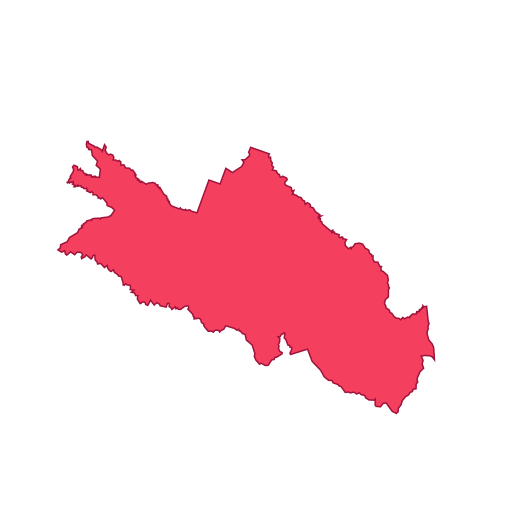 outline of San Miguel de Los Bancos, Pichincha, Ecuador, rotated 20°
{"feature_id": "8360857B83571898768339", "entity_name": "San Miguel de Los Bancos", "entity_type": "district", "adm_level": 2, "iso_a3": "ECU", "parent_name": "Ecuador", "parent_adm1": "Pichincha", "projection": "robinson", "projection_center": [-78.969, -0.02], "detail": "fine", "context": "isolated", "style": "filled", "palette": "rose", "viewbox_px": 512, "rotation_deg": 20, "n_neighbors": 0, "source": "geoboundaries", "source_scale": "gbopen_adm2", "svg_char_len": 6041}
<svg xmlns="http://www.w3.org/2000/svg" viewBox="0 0 512 512"><g transform="rotate(20 256 256)"><path d="M75.6,203.2L75.7,210.2L74.7,209.2L69.4,208.1L67.3,208.8L66.9,208.2L60.1,207.3L59.1,205.7L58.0,206.2L58.3,208.9L59.8,211.6L62.2,212.1L62.4,213.1L65.1,212.6L67.9,217.6L74.7,221.1L74.8,225.5L80.0,227.5L81.9,235.7L77.7,236.9L78.1,236.2L77.4,236.0L74.6,238.0L73.7,236.3L71.6,236.7L70.9,237.6L69.4,237.2L69.1,237.9L68.4,237.2L68.0,237.9L67.0,236.9L65.9,237.1L63.9,235.0L62.1,235.5L61.1,233.9L60.2,235.8L59.2,236.1L57.7,233.2L54.0,232.9L53.1,235.0L55.0,237.1L55.4,239.5L54.2,244.8L55.4,245.9L54.4,246.6L53.9,251.1L52.8,251.6L54.1,251.7L54.4,250.5L55.9,251.2L56.6,249.7L57.6,250.0L58.7,248.8L59.6,250.1L59.0,251.2L61.7,251.6L61.2,253.1L62.5,252.9L64.2,250.3L64.8,251.4L67.4,249.8L68.4,251.1L70.1,250.7L70.9,251.5L72.9,251.1L73.3,250.3L75.2,251.5L74.6,252.7L78.8,253.1L79.5,251.7L81.5,252.5L81.9,254.2L84.8,253.1L87.5,254.4L87.9,255.5L88.6,254.9L90.6,255.5L91.7,253.6L97.5,257.0L99.0,259.6L103.8,259.7L107.5,261.3L105.7,268.1L104.6,268.6L104.2,269.7L97.1,273.3L97.0,274.5L95.4,274.2L90.0,276.6L89.0,277.8L89.2,278.7L88.5,278.5L84.9,280.9L84.8,282.3L82.9,284.9L83.3,285.3L81.7,287.0L82.0,288.0L82.5,287.6L83.3,288.5L80.6,291.2L80.3,295.1L74.4,302.4L73.7,307.2L68.6,312.1L69.3,315.3L67.8,318.0L71.9,318.9L74.5,316.5L76.1,319.2L77.9,319.9L80.3,315.5L85.2,316.8L86.5,313.6L90.4,312.5L92.8,314.1L92.1,316.6L93.0,318.1L95.5,315.2L96.2,313.0L102.0,315.2L102.8,313.6L102.7,311.3L104.2,310.3L106.3,314.8L108.9,316.1L109.8,317.7L112.7,316.1L117.5,318.7L119.4,315.8L120.8,318.1L123.4,319.9L125.2,320.1L126.7,317.7L128.6,319.8L132.3,320.7L133.7,321.9L136.2,321.3L140.3,326.6L141.1,328.7L142.2,328.5L143.2,326.6L144.5,327.3L147.4,326.6L148.9,328.3L149.2,330.6L152.9,329.9L151.3,332.7L154.5,332.2L156.4,334.4L158.5,333.6L159.2,337.0L163.3,340.3L164.0,340.1L164.8,338.1L166.7,337.5L167.8,337.7L168.9,339.3L171.2,339.4L172.0,333.6L177.1,336.9L178.6,333.9L181.6,334.2L183.0,335.6L189.1,334.7L189.0,331.0L190.0,330.3L190.9,330.6L191.6,333.3L193.4,333.5L195.3,335.0L197.6,331.4L198.9,333.0L199.6,331.6L201.2,332.6L203.4,332.0L206.0,328.0L208.6,326.2L209.6,326.3L210.5,327.9L210.2,329.3L216.2,332.2L218.3,334.8L219.2,334.7L219.4,336.3L223.4,334.1L225.7,334.4L227.5,337.2L230.3,337.8L230.5,339.0L232.2,340.4L236.9,343.1L240.0,341.7L242.0,342.2L242.7,340.0L245.0,338.9L246.6,338.8L247.8,339.9L248.9,337.6L250.7,336.0L251.5,331.9L260.7,331.4L263.5,332.3L264.9,330.8L265.9,332.2L266.9,331.8L269.7,333.5L272.7,333.5L275.7,338.3L282.9,341.0L288.2,347.9L288.8,350.9L291.3,353.7L296.3,356.5L297.6,355.0L302.4,355.7L304.9,354.4L306.3,348.3L308.4,347.0L308.4,344.8L310.1,344.0L313.9,339.1L313.6,337.8L311.2,337.6L308.8,335.3L308.5,333.0L307.3,331.6L307.6,329.0L306.6,325.3L304.4,324.4L306.3,323.3L306.6,321.1L308.0,320.0L308.2,318.9L309.7,318.7L310.5,323.3L312.7,324.4L316.5,328.8L318.2,328.5L319.0,330.0L320.6,329.6L321.5,331.9L321.1,335.7L322.2,336.7L336.3,325.9L344.8,335.8L355.8,341.2L361.4,346.2L366.8,348.0L370.1,347.0L371.7,348.8L377.1,348.7L378.3,349.7L380.8,349.7L386.6,353.7L389.1,352.3L391.7,352.3L394.5,350.4L397.7,351.3L399.9,349.2L402.2,350.3L405.2,349.9L406.7,350.4L407.3,351.7L411.3,352.6L416.0,351.2L416.9,349.6L419.0,355.4L420.3,356.2L424.6,355.1L426.0,350.8L428.6,349.6L437.1,355.4L441.8,355.9L442.8,353.6L441.9,350.3L443.2,346.1L442.9,342.0L444.6,337.1L447.0,334.2L447.3,331.7L449.3,329.9L449.3,327.4L451.8,326.1L450.3,321.6L451.1,319.3L449.5,316.7L449.3,315.1L449.7,308.7L451.9,304.1L449.1,300.7L448.7,296.9L445.5,293.6L448.7,291.7L453.7,290.3L456.1,290.5L459.2,292.5L454.2,281.2L451.5,278.3L447.2,275.9L443.6,271.0L442.8,269.0L442.7,265.1L441.7,263.9L441.7,260.2L440.3,258.8L433.5,244.9L431.3,246.2L430.0,245.7L430.8,247.0L430.1,248.4L429.6,247.7L428.7,251.1L427.9,249.8L428.1,252.6L427.1,252.8L426.7,254.1L426.1,252.7L426.2,255.9L423.0,256.9L421.2,260.3L421.4,261.4L419.5,261.5L416.8,264.3L414.9,263.5L413.6,266.5L411.5,265.7L409.3,266.4L406.6,265.8L403.4,263.5L401.4,263.2L399.7,261.2L395.8,260.2L395.1,258.6L393.0,256.8L392.5,252.6L394.4,249.2L392.0,242.5L392.3,240.4L391.0,239.7L390.6,238.1L388.8,236.6L388.5,233.2L386.2,229.3L380.8,227.0L378.8,227.1L377.3,224.3L377.5,223.0L375.7,223.4L372.6,220.1L369.3,221.1L366.9,218.9L366.0,215.9L365.0,216.4L364.1,215.1L361.8,214.7L359.9,211.9L355.7,211.2L352.2,208.4L348.9,208.5L345.0,210.5L344.0,214.2L342.9,215.1L343.0,216.4L341.8,215.6L340.4,217.6L336.4,215.6L334.9,212.9L335.5,209.5L331.6,210.0L331.2,208.8L330.1,208.7L328.8,210.0L327.5,209.9L326.8,207.5L322.4,207.8L321.6,206.7L319.3,208.2L318.9,207.8L319.9,206.4L319.4,205.4L318.0,207.1L307.2,203.1L306.0,201.3L304.5,201.3L303.7,198.8L301.9,199.5L301.7,198.5L303.6,196.1L301.3,197.0L301.8,195.4L296.5,194.0L293.4,191.2L290.2,191.3L289.8,189.6L288.5,188.7L285.9,188.4L284.6,190.6L282.7,187.7L280.7,187.6L278.5,185.7L275.3,185.9L272.7,185.0L271.2,185.6L270.2,184.8L269.0,185.4L269.2,181.4L267.6,182.7L265.7,179.6L260.1,179.4L258.5,178.4L257.9,177.1L259.2,173.7L258.2,172.3L253.8,171.9L252.8,173.3L251.7,173.6L250.0,171.4L248.1,171.3L246.0,169.0L241.9,169.6L242.1,166.5L239.8,165.5L239.5,163.0L237.2,161.2L235.9,158.2L234.3,159.0L233.5,157.3L233.7,155.5L213.8,155.7L213.6,161.0L215.1,162.4L215.5,164.1L212.8,169.3L210.0,170.4L212.6,172.1L211.9,176.9L205.3,185.6L197.7,183.9L197.6,200.6L185.8,200.7L185.8,235.6L180.1,236.0L177.7,235.3L175.3,236.9L173.8,236.3L173.5,237.4L169.1,237.4L168.5,236.7L167.4,238.0L159.4,237.8L155.6,235.4L156.2,234.8L155.7,234.2L154.0,234.0L153.9,232.7L152.5,232.4L151.8,230.5L147.8,229.2L142.4,224.6L142.2,225.5L140.7,224.2L139.9,224.5L139.4,222.7L138.1,223.6L136.6,222.2L133.9,222.2L129.3,224.8L128.4,226.1L122.8,225.0L122.8,226.1L121.7,226.2L120.9,224.8L120.1,225.2L119.7,224.3L118.7,225.0L118.7,223.8L116.0,223.4L115.4,220.8L114.4,221.3L114.2,219.7L110.7,217.4L109.8,218.2L106.9,216.8L103.4,217.9L100.7,215.5L97.8,216.8L96.9,213.9L94.8,213.0L94.1,214.2L91.5,213.8L88.9,214.6L88.7,211.9L86.9,210.2L84.5,210.0L83.0,211.3L81.0,210.7L78.1,208.2L78.0,205.0L75.6,203.2Z" fill="#f43f5e" stroke="#9f1239" stroke-width="1.5"/></g></svg>